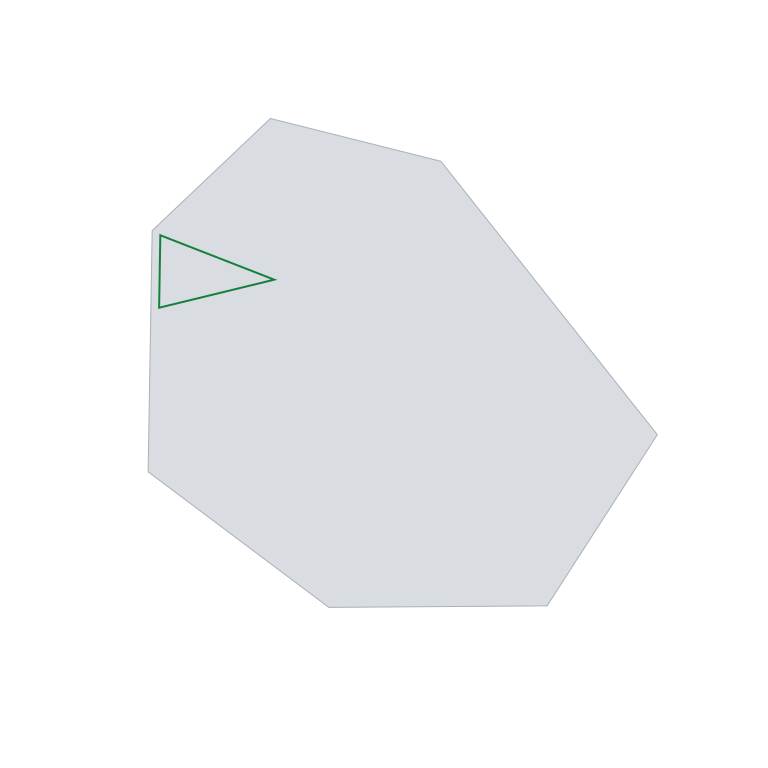 Anetan on a map of Nauru (orthographic projection), rotated 292°
{"feature_id": "NRU-4978", "entity_name": "Anetan", "entity_type": "state/province", "adm_level": 1, "iso_a3": "NRU", "parent_name": "Nauru", "parent_adm1": "", "projection": "orthographic", "projection_center": [166.935, -0.497], "detail": "fine", "context": "in_parent", "style": "outline", "palette": "green", "viewbox_px": 768, "rotation_deg": 292, "n_neighbors": 0, "source": "natural_earth", "source_scale": "10m", "svg_char_len": 372}
<svg xmlns="http://www.w3.org/2000/svg" viewBox="0 0 768 768"><g transform="rotate(292 384 384)"><path d="M611.8,353.3L439.4,656.4L239.4,618.3L156.2,416.5L214.2,198.2L439.4,111.6L587.6,179.2L611.8,353.3Z" fill="#d9dde1" stroke="#a8b0b8" stroke-width="1"/><path d="M370.5,146.9L438.1,120.9L439.6,243.1L370.5,146.9Z" fill="none" stroke="#15803d" stroke-width="2"/></g></svg>